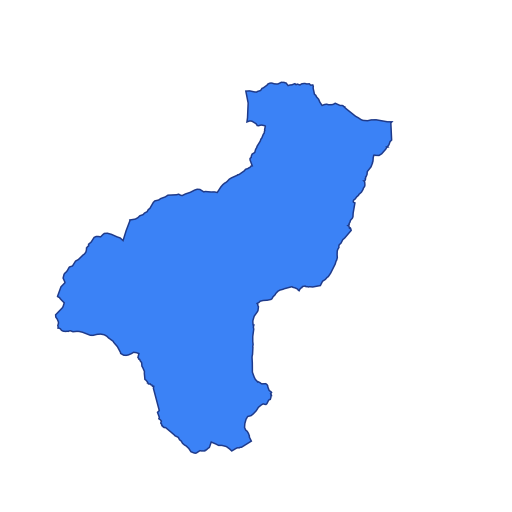 Jibert, Brasov, Romania (Albers equal-area conic projection), rotated 315°
{"feature_id": "2599482B80511177545168", "entity_name": "Jibert", "entity_type": "district", "adm_level": 2, "iso_a3": "ROU", "parent_name": "Romania", "parent_adm1": "Brasov", "projection": "albers", "projection_center": [25.05, 46.001], "detail": "fine", "context": "isolated", "style": "filled", "palette": "blue", "viewbox_px": 512, "rotation_deg": 315, "n_neighbors": 0, "source": "geoboundaries", "source_scale": "gbopen_adm2", "svg_char_len": 6031}
<svg xmlns="http://www.w3.org/2000/svg" viewBox="0 0 512 512"><g transform="rotate(315 256 256)"><path d="M292.5,321.7L296.6,320.9L306.3,317.7L308.8,316.3L310.2,315.9L312.4,314.6L314.3,312.4L317.0,309.9L318.6,309.1L320.7,308.6L321.5,307.6L322.8,306.9L325.2,307.0L328.9,305.8L331.4,306.0L341.4,305.2L342.4,303.4L342.5,302.9L341.8,302.7L341.8,302.2L342.4,301.8L342.4,301.3L342.8,300.4L342.5,299.5L343.6,299.8L343.7,299.5L344.3,299.5L344.8,298.9L346.4,298.5L348.0,297.6L350.9,297.4L352.3,296.8L355.1,294.3L363.5,288.4L363.0,287.3L363.0,286.6L363.8,285.8L364.9,285.5L366.4,285.8L369.4,285.3L369.7,285.5L371.7,285.5L372.1,285.2L375.7,285.4L378.8,284.6L379.8,284.0L382.0,283.6L383.1,282.9L384.8,281.0L385.4,280.0L385.4,279.3L385.8,279.7L387.0,279.5L387.9,279.0L387.9,278.6L388.9,278.2L389.5,277.6L390.0,277.7L392.2,276.8L394.4,275.0L400.3,274.3L404.4,272.5L404.5,272.1L405.7,271.7L408.7,269.1L409.6,268.7L410.4,268.0L411.3,268.6L411.8,269.5L414.1,271.9L417.2,272.6L423.4,272.2L425.3,271.6L425.4,271.3L425.9,271.9L426.2,271.7L426.5,272.1L426.6,271.6L428.5,271.4L431.7,269.9L433.9,269.9L445.4,257.3L447.0,257.2L443.8,254.0L437.3,244.7L433.8,241.3L430.5,239.2L427.5,235.7L426.7,233.8L426.1,230.7L425.2,227.6L423.9,216.1L423.8,213.5L424.2,213.3L423.7,212.4L423.8,211.5L423.4,210.5L421.9,209.0L420.0,204.0L417.8,203.4L416.5,202.5L414.3,200.4L413.3,198.6L411.5,197.3L409.2,196.3L409.9,192.4L411.1,189.5L411.3,186.2L411.9,184.7L411.7,183.0L414.5,178.6L415.2,177.6L416.5,176.5L417.1,175.2L415.6,174.0L415.4,173.5L415.5,172.0L413.5,170.2L412.6,168.6L412.1,168.1L410.1,166.6L408.0,166.1L406.7,163.6L405.5,163.2L405.3,162.8L405.4,161.7L405.1,161.5L402.3,160.3L401.1,159.2L399.2,158.2L399.6,154.9L398.9,153.9L398.6,153.0L397.8,152.3L396.8,151.1L393.5,150.0L392.5,149.3L390.7,147.2L389.4,144.8L388.2,143.7L386.1,142.8L384.7,143.0L380.1,142.3L378.7,141.7L377.3,142.1L376.0,142.1L373.2,140.6L372.4,140.6L371.0,139.0L368.3,134.8L365.4,132.2L358.6,142.3L347.7,152.3L344.4,154.8L346.8,155.9L347.8,156.9L348.5,158.0L349.6,162.5L349.1,164.6L350.0,165.8L351.3,166.4L352.6,167.4L354.4,170.2L354.4,170.8L351.5,172.7L351.0,173.5L350.3,173.7L348.7,174.9L347.2,175.1L343.5,176.7L342.2,176.8L340.2,177.8L334.2,179.2L333.3,179.8L331.2,180.3L328.3,181.9L325.3,181.2L323.2,182.1L322.4,182.9L320.8,182.8L319.7,183.9L317.1,189.6L316.1,188.9L314.4,189.1L313.3,188.6L312.3,188.5L309.9,187.3L307.9,187.5L301.6,186.4L300.4,185.6L300.0,185.7L293.9,183.4L291.5,182.8L288.3,182.9L286.5,182.7L285.4,182.3L283.0,182.1L280.1,182.3L273.5,183.7L271.9,181.3L269.5,179.0L265.8,174.6L264.4,173.7L263.4,169.3L261.6,167.2L259.2,166.0L254.5,164.5L249.9,162.2L246.6,161.1L245.7,159.9L245.0,157.6L243.1,156.5L236.7,150.7L233.7,150.1L229.2,148.0L226.8,147.6L223.4,145.5L221.3,145.5L214.6,147.3L212.7,147.0L210.4,147.7L207.5,146.8L205.4,146.9L202.3,145.4L199.7,145.4L196.8,144.6L192.2,141.3L191.8,141.9L182.2,146.2L172.9,151.1L172.7,147.1L171.3,144.3L169.1,138.5L167.0,134.8L164.7,132.8L163.0,132.6L159.7,132.6L158.2,130.6L156.8,129.2L154.7,128.4L149.2,129.6L145.9,129.3L144.8,130.5L143.5,130.3L141.7,130.5L141.3,131.1L139.3,132.5L138.2,133.0L135.9,133.3L134.6,133.0L127.9,132.9L124.8,132.0L119.2,133.3L116.4,131.9L115.8,131.9L112.7,132.8L111.0,133.1L108.3,133.0L107.2,133.3L104.0,135.2L102.5,139.1L102.0,139.8L96.3,139.9L87.1,144.2L87.1,144.9L87.7,146.5L87.4,147.3L87.3,149.9L87.3,153.5L84.1,155.2L82.7,155.7L72.7,155.9L71.2,157.7L70.8,160.2L69.6,163.0L68.7,163.9L66.6,165.1L66.1,166.1L65.0,167.0L65.6,167.6L66.2,169.1L65.9,171.0L66.5,172.8L68.1,174.8L69.2,175.6L70.0,176.6L70.8,176.8L71.9,177.6L73.0,180.1L76.4,182.9L76.7,183.4L77.4,184.0L79.4,187.2L82.8,194.9L84.7,196.9L88.2,199.0L90.9,201.3L93.0,204.4L93.8,207.3L93.8,209.7L94.7,215.4L94.3,216.5L93.9,222.1L92.0,228.4L91.4,229.2L92.3,232.6L94.0,234.5L95.8,235.7L99.1,237.0L101.3,237.5L103.1,239.8L104.2,242.2L100.7,244.3L100.6,245.7L100.2,246.2L100.6,246.9L100.0,248.3L99.8,250.0L99.6,250.7L97.4,253.3L97.1,254.6L95.5,258.7L94.0,260.1L90.2,264.7L90.4,265.9L90.2,268.4L90.0,268.7L89.5,269.0L89.8,269.6L89.5,270.4L89.9,271.0L90.8,271.7L90.6,272.8L91.2,273.9L90.7,274.7L90.9,275.2L91.4,275.4L91.6,275.8L89.9,277.0L78.3,296.9L75.8,296.9L73.7,301.4L73.3,301.9L72.3,302.3L72.2,303.0L72.6,304.0L72.3,305.9L71.3,306.3L70.4,307.0L70.5,307.7L70.3,308.2L70.0,308.4L69.5,309.6L69.8,309.8L69.5,310.7L69.5,311.0L69.7,311.3L69.6,311.9L69.8,312.5L70.3,312.7L70.8,313.7L71.7,324.6L71.6,325.8L72.7,328.9L72.7,329.6L72.0,331.9L72.3,333.9L71.6,336.5L71.8,339.1L72.3,340.9L72.4,344.5L71.6,348.4L72.8,351.2L73.6,352.5L74.5,353.1L78.7,354.0L79.6,355.3L82.0,357.7L82.8,357.4L83.6,358.0L86.2,358.1L87.6,358.4L92.8,355.9L94.7,360.6L95.6,363.4L97.9,365.7L100.1,369.4L100.4,370.3L100.9,373.8L101.0,376.7L106.1,378.0L107.4,378.6L108.5,379.8L109.4,380.0L110.6,381.0L121.8,383.6L123.3,379.2L124.0,378.7L125.2,376.1L125.8,373.7L125.6,371.9L126.6,369.2L129.6,366.6L133.5,364.4L136.6,363.6L139.7,365.4L142.4,365.7L146.7,365.6L150.7,364.7L154.8,365.1L156.6,365.7L157.2,366.9L158.0,368.0L159.3,368.1L162.9,366.9L164.0,367.1L164.7,367.5L166.4,366.6L168.0,365.3L168.3,365.6L168.5,365.3L168.4,364.8L168.8,363.9L169.1,364.1L169.4,363.6L170.5,363.5L170.6,362.4L170.3,361.0L170.3,360.2L171.7,357.1L172.6,355.8L172.8,354.6L172.6,353.2L169.7,350.5L169.3,349.3L169.3,348.5L168.6,346.4L168.1,346.3L168.3,344.2L168.2,343.0L169.1,340.3L171.3,335.6L177.8,329.0L181.3,325.1L182.4,324.1L184.0,323.1L189.2,318.4L189.3,318.0L191.4,316.5L193.2,314.2L196.8,310.6L202.7,306.1L203.9,304.3L205.7,303.3L205.2,302.7L207.3,300.2L208.4,299.3L212.1,297.3L217.9,296.3L218.9,295.9L221.9,293.6L222.2,292.4L223.0,291.5L223.2,290.3L225.0,290.9L227.0,290.9L229.6,292.5L232.8,295.3L235.9,297.3L237.1,297.5L239.1,296.9L242.3,296.9L243.3,296.5L246.6,296.4L248.8,297.0L251.5,298.6L252.8,299.1L259.7,303.1L259.9,304.2L261.1,306.2L262.0,308.8L261.7,310.3L262.0,311.1L263.3,310.5L265.7,310.5L266.2,310.8L267.2,310.4L269.5,312.0L269.6,312.9L270.6,313.9L271.2,315.0L272.1,315.5L274.2,318.0L280.6,322.4L285.2,320.9L288.5,321.6L291.1,321.4L292.5,321.7Z" fill="#3b82f6" stroke="#1e3a8a" stroke-width="1.5"/></g></svg>